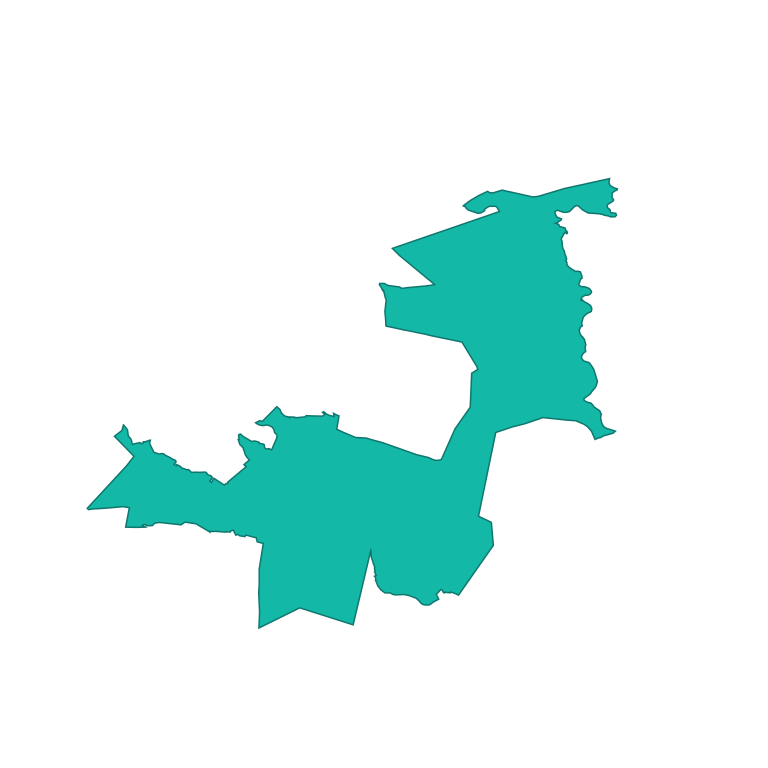 outline of Santa María Jacatepec, Oaxaca, Mexico, rotated 291°
{"feature_id": "50627088B44286312453490", "entity_name": "Santa María Jacatepec", "entity_type": "district", "adm_level": 2, "iso_a3": "MEX", "parent_name": "Mexico", "parent_adm1": "Oaxaca", "projection": "robinson", "projection_center": [-96.105, 17.868], "detail": "fine", "context": "isolated", "style": "filled", "palette": "teal", "viewbox_px": 768, "rotation_deg": 291, "n_neighbors": 0, "source": "geoboundaries", "source_scale": "gbopen_adm2", "svg_char_len": 6171}
<svg xmlns="http://www.w3.org/2000/svg" viewBox="0 0 768 768"><g transform="rotate(291 384 384)"><path d="M420.0,615.3L422.9,616.9L422.6,610.9L422.3,608.8L422.6,605.7L423.1,604.3L424.0,602.9L425.2,601.6L429.0,598.9L430.9,598.0L433.8,597.7L434.8,596.4L436.3,595.1L437.8,588.4L439.3,586.2L440.4,583.7L440.4,583.0L439.9,582.1L440.1,577.6L440.6,576.6L442.0,575.9L448.9,580.2L451.4,580.7L455.4,582.2L457.9,582.7L462.8,582.4L472.7,574.7L473.5,573.8L476.0,570.3L477.5,567.8L477.1,562.6L477.4,561.5L478.9,559.3L480.0,558.6L482.1,558.6L484.6,559.2L485.5,560.1L487.1,560.5L489.4,558.9L493.2,558.2L497.7,554.9L497.9,554.2L499.0,552.8L499.8,550.8L501.2,549.0L504.1,547.0L507.6,547.1L509.3,548.3L509.6,548.3L511.2,546.8L517.4,546.1L519.5,546.7L522.7,548.4L523.5,549.1L525.1,550.8L526.1,551.5L528.2,551.2L529.7,550.4L531.3,548.6L532.2,544.9L532.5,541.5L533.0,540.8L533.2,540.0L532.8,538.2L533.8,538.4L533.7,537.6L536.0,537.7L538.8,539.9L539.2,540.3L539.5,541.6L540.5,543.1L541.3,544.0L543.8,544.8L545.0,544.4L546.6,541.7L546.8,540.1L546.8,537.4L546.4,535.6L546.0,534.9L545.7,532.6L545.9,531.6L546.5,530.4L547.3,530.0L549.0,530.2L551.5,529.9L552.6,530.1L553.6,531.0L556.3,529.7L559.1,527.0L558.6,524.0L557.6,522.4L558.2,520.8L558.3,519.1L559.3,515.0L559.9,513.6L561.3,511.8L563.1,511.1L564.5,509.5L566.2,509.7L568.7,507.7L570.8,505.8L572.9,504.6L573.8,503.1L574.9,502.3L577.8,500.5L580.3,499.5L581.7,498.5L581.8,498.2L583.2,497.5L584.0,497.3L585.5,497.9L586.1,497.8L589.8,498.4L591.2,499.6L589.9,500.2L589.8,500.7L590.0,501.0L591.5,500.8L592.9,498.3L594.5,497.2L594.0,491.1L595.6,490.0L595.5,486.6L596.6,487.9L598.7,489.1L599.2,489.8L601.0,490.7L601.8,490.5L601.7,486.5L602.1,485.2L602.6,484.5L605.1,482.1L605.9,482.0L607.1,482.3L608.5,484.1L608.5,489.2L608.9,490.9L609.7,492.8L611.4,495.3L618.1,498.4L619.1,499.3L619.8,500.7L619.9,501.3L619.8,501.8L617.7,507.0L616.8,513.2L620.1,524.2L620.4,526.6L620.7,527.5L620.5,529.2L621.3,533.1L621.2,535.5L622.9,539.8L625.0,540.6L626.4,539.2L625.3,534.6L626.0,533.6L627.8,532.4L628.6,529.8L630.0,528.4L631.8,528.5L636.2,531.9L637.8,532.5L638.5,532.2L639.6,530.2L644.2,528.5L648.4,531.4L648.3,531.9L649.8,531.9L649.8,530.5L649.5,529.4L650.3,523.9L653.0,521.6L656.6,521.0L631.0,482.2L614.6,461.0L612.0,456.1L607.3,424.7L601.7,417.6L600.4,414.3L601.0,411.7L593.9,404.9L592.2,403.6L586.8,399.2L583.2,396.9L578.5,394.0L578.0,393.9L578.9,394.3L578.5,396.4L577.2,398.5L576.6,400.7L577.0,410.6L578.4,413.1L581.8,415.9L583.2,415.2L587.5,418.4L589.7,423.9L589.8,425.6L586.4,430.0L513.6,343.2L509.6,352.2L495.0,395.5L493.4,393.2L489.8,386.5L482.2,371.0L480.2,367.5L479.7,365.3L480.2,363.9L477.4,352.3L478.0,348.3L476.4,344.0L475.7,343.8L474.9,344.3L471.1,349.8L471.1,349.1L469.6,351.2L464.6,354.6L463.4,355.9L452.1,358.8L445.4,362.1L438.8,365.1L441.7,383.8L445.3,404.9L446.0,410.8L451.1,441.7L433.5,464.5L431.2,466.3L425.5,462.0L393.3,472.8L367.7,466.4L334.0,464.6L332.5,462.5L331.3,459.9L331.0,457.1L331.3,452.0L329.7,439.7L328.7,403.3L327.5,391.9L327.2,387.0L323.9,376.6L324.3,363.8L324.8,356.1L338.1,353.4L338.1,351.1L338.5,347.4L335.8,349.1L335.1,344.2L335.3,341.4L336.5,337.6L335.6,336.7L334.2,339.5L332.0,338.2L328.2,327.7L326.6,322.7L325.0,322.1L320.7,313.3L321.0,313.2L320.9,312.0L319.3,307.3L318.5,307.5L318.9,305.4L318.5,303.7L318.8,301.9L320.3,298.5L323.0,295.9L324.4,292.1L305.5,283.8L305.2,281.1L301.8,278.0L301.3,279.9L301.1,282.1L301.4,284.5L302.1,286.7L303.3,288.3L303.7,289.3L304.0,291.2L304.0,293.0L303.6,295.2L302.0,297.6L300.4,298.6L299.2,299.6L298.8,301.0L297.6,302.7L294.9,303.2L282.3,302.7L282.2,301.2L282.5,300.2L282.2,299.2L281.3,297.9L281.1,297.1L281.3,296.2L282.6,294.8L283.9,294.3L284.4,293.8L284.7,293.1L284.5,291.6L283.9,289.7L283.9,289.3L284.5,288.8L284.9,287.9L284.6,284.5L284.2,283.1L282.9,281.0L284.5,271.9L285.2,269.3L285.8,268.9L285.7,267.8L284.9,266.7L284.2,266.6L283.2,266.9L280.8,268.6L280.0,267.7L275.9,271.1L274.0,275.2L268.1,280.1L266.2,282.7L264.9,285.5L258.5,282.2L257.3,284.9L237.3,273.8L236.3,273.3L235.7,273.8L234.9,273.2L234.4,272.2L232.4,271.1L235.0,259.0L230.3,258.2L231.1,256.1L234.1,257.2L235.2,257.1L236.0,256.1L236.3,255.2L236.1,252.3L237.8,249.6L237.5,248.2L235.1,242.7L234.7,241.1L232.5,235.9L234.0,232.4L233.3,230.2L233.1,225.7L234.1,223.3L234.3,221.6L234.4,219.4L233.4,219.5L233.8,216.7L236.0,217.7L237.3,217.6L238.0,216.4L238.1,213.0L238.6,211.1L239.1,205.8L239.7,203.7L239.7,202.8L239.5,201.7L238.9,200.5L238.0,199.6L237.8,193.6L244.6,186.4L247.8,186.0L247.1,184.7L244.8,182.3L243.7,179.9L242.5,180.4L241.4,179.2L241.8,177.1L241.6,176.6L241.0,176.3L240.9,175.7L237.5,170.5L240.4,168.8L242.4,166.8L243.7,164.0L249.3,160.9L252.8,155.0L251.6,156.0L250.8,155.5L249.9,156.0L248.8,155.7L247.6,156.0L247.2,156.3L238.6,151.1L226.9,176.5L215.1,172.9L161.6,151.5L160.8,153.1L162.7,156.4L169.0,170.1L176.0,184.4L177.3,190.6L157.8,194.1L161.2,203.7L164.8,212.4L165.5,209.1L166.9,210.5L167.2,212.5L166.5,213.0L168.8,218.5L172.0,219.9L174.3,224.1L179.8,245.0L183.7,247.7L186.1,258.5L183.4,274.5L184.0,274.1L185.0,277.3L185.8,278.7L189.1,289.6L189.7,289.8L190.6,293.5L192.2,293.8L193.6,295.7L189.8,299.8L191.2,301.6L190.6,303.7L191.7,308.8L193.4,309.3L193.7,311.1L194.1,315.5L194.7,319.8L191.2,322.2L191.9,328.4L166.3,333.9L152.6,339.2L144.6,341.7L126.4,349.6L111.4,354.7L144.8,385.5L148.1,441.5L224.0,431.3L223.4,431.8L218.2,433.9L213.7,437.6L212.3,438.5L211.0,439.9L209.5,441.1L209.1,440.9L205.9,442.6L205.4,442.5L205.2,443.1L204.6,443.2L203.8,443.9L202.5,445.2L201.1,444.0L200.6,445.1L198.8,446.4L197.8,446.3L195.7,448.5L193.4,450.4L190.6,455.1L189.3,459.8L191.3,465.1L190.7,467.4L191.2,470.3L194.4,477.5L195.1,480.3L195.5,484.0L195.5,490.8L194.4,493.8L192.8,496.7L192.1,498.7L192.2,500.6L192.7,502.3L193.3,504.0L194.1,505.5L195.0,506.3L198.1,508.2L202.7,512.2L206.5,508.1L210.4,510.0L212.2,510.5L212.8,511.5L212.3,512.1L211.9,513.0L210.9,513.7L210.7,514.6L211.1,514.3L212.7,520.5L213.4,520.4L213.9,523.1L213.8,526.7L213.6,529.2L272.5,543.9L293.3,533.8L294.4,519.6L378.8,505.7L390.0,519.3L397.7,530.2L409.6,544.4L416.1,568.7L418.6,576.8L418.3,577.5L418.1,585.0L417.1,589.3L414.2,594.7L407.9,600.9L410.7,603.8L411.5,605.3L414.2,607.5L420.0,615.3Z" fill="#14b8a6" stroke="#0f766e" stroke-width="1.5"/></g></svg>